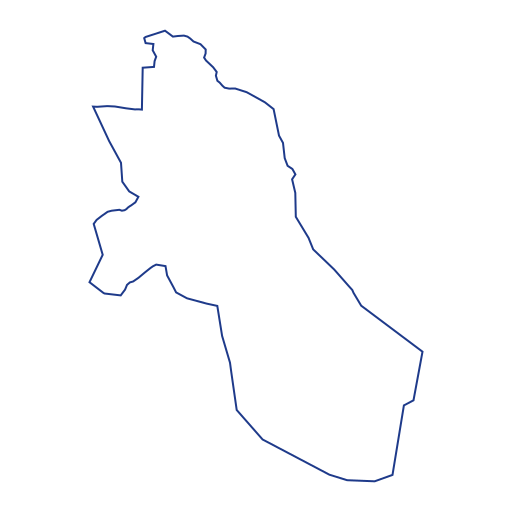 Bodinga, Sokoto, Nigeria
{"feature_id": "59680162B56562801938729", "entity_name": "Bodinga", "entity_type": "district", "adm_level": 2, "iso_a3": "NGA", "parent_name": "Nigeria", "parent_adm1": "Sokoto", "projection": "natural_earth1", "projection_center": [5.162, 12.807], "detail": "fine", "context": "isolated", "style": "outline", "palette": "blue", "viewbox_px": 512, "rotation_deg": 0, "n_neighbors": 0, "source": "geoboundaries", "source_scale": "gbopen_adm2", "svg_char_len": 1435}
<svg xmlns="http://www.w3.org/2000/svg" viewBox="0 0 512 512"><path d="M120.7,295.4L123.4,291.8L125.0,289.7L125.7,288.1L127.0,284.9L129.9,282.4L133.1,281.5L138.6,277.7L144.7,272.6L150.6,267.9L152.9,266.3L156.2,264.6L165.5,266.1L167.1,275.4L173.6,287.5L176.1,292.4L187.0,298.3L206.6,303.6L217.3,305.9L222.1,335.9L230.0,362.7L231.1,370.9L236.7,410.0L262.6,439.5L329.4,474.7L347.1,480.2L374.7,481.3L392.5,474.9L403.9,405.4L413.5,400.3L422.5,351.7L361.2,305.7L353.5,292.8L352.3,290.0L348.6,285.9L334.2,269.5L313.2,249.4L308.4,237.5L308.2,237.3L295.8,216.8L295.3,192.9L292.1,179.3L295.4,174.4L292.4,169.0L287.6,165.8L284.7,158.1L283.0,142.9L279.0,135.6L273.6,109.1L264.9,102.3L246.7,92.2L235.1,88.5L229.1,88.6L224.6,87.7L222.4,85.7L219.7,82.6L217.4,80.8L215.9,75.7L216.7,72.0L213.2,67.3L206.0,60.5L204.1,57.6L205.6,53.5L205.7,49.5L200.5,44.2L193.5,41.5L190.2,38.5L187.5,36.6L183.9,35.6L177.9,36.0L172.9,36.6L165.0,30.7L145.5,37.0L144.2,38.1L145.6,43.1L153.4,44.0L152.7,50.3L156.2,56.7L154.6,61.1L154.0,66.9L142.7,67.7L141.9,109.6L138.5,109.3L134.8,109.4L126.0,108.3L115.0,106.5L107.3,106.1L97.1,106.8L93.1,106.6L109.1,141.0L121.0,162.8L122.3,181.7L129.2,191.4L138.4,196.8L135.4,202.3L131.0,205.5L129.8,206.2L128.0,207.5L126.4,209.1L124.6,210.2L121.9,210.7L119.4,209.8L111.7,210.7L107.6,211.8L101.9,215.8L96.6,219.9L93.7,223.9L102.7,254.8L89.5,282.2L103.4,292.9L104.5,293.5L120.7,295.4Z" fill="none" stroke="#1e3a8a" stroke-width="2"/></svg>